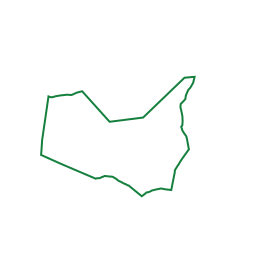 Invorgoil Estate, Anse-la-Raye, Saint Lucia, rotated 320°
{"feature_id": "8701671B81496139383371", "entity_name": "Invorgoil Estate", "entity_type": "district", "adm_level": 2, "iso_a3": "LCA", "parent_name": "Saint Lucia", "parent_adm1": "Anse-la-Raye", "projection": "natural_earth1", "projection_center": [-61.036, 13.932], "detail": "fine", "context": "isolated", "style": "outline", "palette": "green", "viewbox_px": 256, "rotation_deg": 320, "n_neighbors": 0, "source": "geoboundaries", "source_scale": "gbopen_adm2", "svg_char_len": 1937}
<svg xmlns="http://www.w3.org/2000/svg" viewBox="0 0 256 256"><g transform="rotate(320 128 128)"><path d="M87.4,52.7L55.2,81.4L54.8,81.7L48.4,88.4L44.1,92.8L50.9,106.8L53.4,112.0L61.0,127.0L70.7,146.1L70.9,146.1L71.1,146.2L71.4,146.3L71.8,146.5L72.1,146.7L72.7,147.1L73.0,147.4L73.6,147.9L74.1,148.2L74.7,148.4L75.2,148.5L75.8,148.7L76.2,148.7L77.5,149.2L77.8,149.3L78.1,149.5L78.4,149.5L78.8,149.6L79.1,149.7L79.5,149.9L79.7,150.1L79.9,150.4L80.1,150.6L80.8,151.3L81.0,151.5L82.7,153.3L83.6,154.2L84.0,154.5L84.2,154.8L84.4,155.0L84.8,155.4L85.1,156.0L85.3,156.7L85.4,157.1L85.5,157.3L85.7,157.9L86.0,158.6L86.2,159.2L86.3,159.4L86.4,160.1L86.5,160.7L86.6,161.3L86.6,161.5L86.7,161.8L86.8,162.4L86.9,162.7L87.1,163.1L87.5,163.8L87.9,164.6L88.1,164.9L88.4,165.7L88.5,166.2L88.7,166.8L88.9,167.2L89.0,167.5L89.2,168.0L89.3,168.1L89.5,168.5L89.7,168.9L89.9,169.1L90.1,169.4L90.2,169.7L90.3,170.0L90.4,170.4L90.7,171.2L90.9,171.6L91.1,171.9L91.1,172.0L91.5,172.4L94.7,189.1L97.2,189.3L100.9,189.3L102.4,190.3L104.1,190.9L106.0,191.2L110.1,193.2L113.2,194.9L114.7,195.8L116.3,197.9L118.3,200.2L120.1,202.0L120.3,202.3L121.3,203.3L135.2,192.1L135.5,191.8L136.9,190.4L137.6,190.2L142.1,188.7L143.0,188.6L143.4,188.4L145.3,187.7L149.1,186.5L159.6,183.8L160.9,183.5L165.1,176.1L166.2,174.2L167.3,171.8L167.5,169.9L167.6,168.1L168.1,164.7L168.3,164.3L168.5,163.9L169.6,161.2L170.9,161.0L171.5,160.7L174.2,157.9L177.2,154.0L179.8,149.3L181.5,145.8L183.8,143.5L187.9,143.1L190.5,142.7L193.2,140.3L198.5,137.6L201.5,137.2L206.9,135.3L211.9,131.6L203.6,125.8L146.3,129.7L118.2,111.6L117.9,111.4L116.5,70.4L116.3,70.3L114.3,69.3L112.5,68.5L111.0,67.8L109.3,67.4L107.5,66.9L106.2,66.5L105.4,65.9L104.7,65.2L103.8,64.4L103.0,63.6L101.6,62.5L101.4,62.4L101.2,62.3L100.9,62.1L99.6,61.3L98.0,60.1L96.1,59.0L93.2,57.3L92.0,56.7L91.1,56.4L90.8,56.2L90.4,56.0L90.1,55.9L89.0,55.2L87.8,53.5L87.4,52.7Z" fill="none" stroke="#15803d" stroke-width="2"/></g></svg>